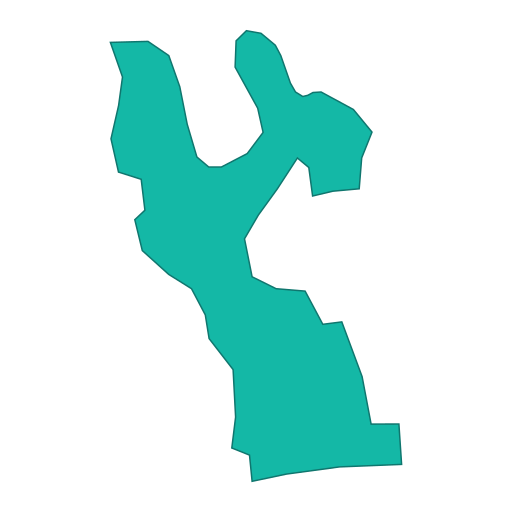 SVG path tracing the border of Rujienas
{"feature_id": "LVA-5796", "entity_name": "Rujienas", "entity_type": "Municipality", "adm_level": 1, "iso_a3": "LVA", "parent_name": "Latvia", "parent_adm1": "", "projection": "albers", "projection_center": [25.272, 57.927], "detail": "fine", "context": "isolated", "style": "filled", "palette": "teal", "viewbox_px": 512, "rotation_deg": 0, "n_neighbors": 0, "source": "natural_earth", "source_scale": "10m", "svg_char_len": 870}
<svg xmlns="http://www.w3.org/2000/svg" viewBox="0 0 512 512"><path d="M246.4,30.7L261.0,33.3L275.3,45.2L280.8,55.6L290.4,83.1L295.5,92.0L302.8,96.5L307.8,95.3L313.0,92.5L321.1,92.0L353.4,109.5L372.0,132.1L361.7,157.9L359.2,188.8L332.8,191.2L312.6,196.0L308.8,167.5L297.4,158.0L277.3,188.9L258.4,215.0L244.5,238.8L252.1,276.8L276.1,288.7L305.1,291.1L322.8,324.3L341.8,321.9L362.1,376.6L371.1,424.1L398.9,424.0L401.6,464.4L339.5,466.9L286.3,474.1L252.1,481.3L249.5,455.1L231.8,448.0L235.6,417.1L233.1,369.6L209.1,338.6L205.3,314.9L191.5,288.7L168.7,274.4L142.3,250.6L134.8,219.7L144.9,210.2L141.2,179.3L118.5,172.1L111.0,138.8L118.6,105.5L122.5,77.0L110.4,42.4L148.0,41.4L168.8,55.6L179.8,86.8L187.2,124.2L196.9,157.0L208.7,167.0L221.4,167.0L247.2,153.6L263.1,132.4L257.7,108.2L235.1,67.1L236.1,40.8L246.4,30.7Z" fill="#14b8a6" stroke="#0f766e" stroke-width="1.5"/></svg>